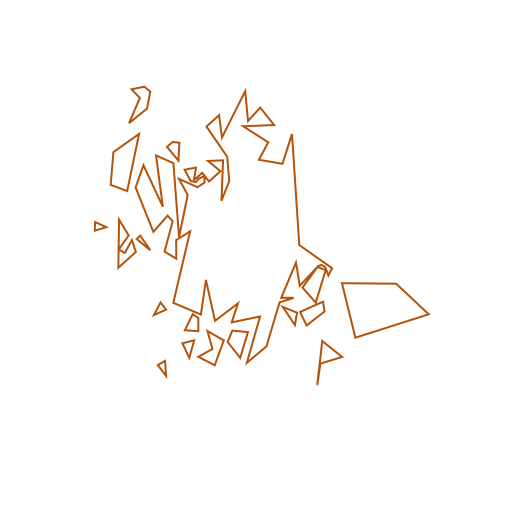 the district of Cat Hai, Quảng Ninh, Vietnam, rotated 204°
{"feature_id": "81297802B5756602808944", "entity_name": "Cat Hai", "entity_type": "district", "adm_level": 2, "iso_a3": "VNM", "parent_name": "Vietnam", "parent_adm1": "Quảng Ninh", "projection": "equal_earth", "projection_center": [107.044, 20.763], "detail": "medium", "context": "isolated", "style": "outline", "palette": "amber", "viewbox_px": 512, "rotation_deg": 204, "n_neighbors": 0, "source": "geoboundaries", "source_scale": "gbopen_adm2", "svg_char_len": 1981}
<svg xmlns="http://www.w3.org/2000/svg" viewBox="0 0 512 512"><g transform="rotate(204 256 256)"><path d="M220.9,154.7L209.7,177.6L215.6,223.2L204.6,233.1L215.9,228.1L216.8,266.3L203.9,246.6L195.0,272.3L192.5,274.5L188.1,273.9L182.0,267.7L181.5,275.8L220.9,283.6L272.7,382.0L269.3,351.0L292.5,345.1L291.0,364.8L320.5,369.3L292.7,383.0L312.5,393.3L318.2,376.1L332.9,402.2L335.3,350.4L347.0,369.6L353.9,354.1L322.6,334.9L310.9,313.5L310.0,292.4L325.0,330.0L338.5,323.3L323.0,319.0L329.2,304.9L338.9,310.1L343.6,300.3L346.8,312.4L356.3,305.8L346.2,297.9L340.9,299.1L339.8,303.3L335.7,308.0L332.9,302.2L337.3,295.1L357.7,295.1L343.2,283.9L334.0,242.0L369.2,307.2L388.2,307.2L361.2,263.2L395.7,293.1L393.9,269.7L359.6,236.3L353.2,256.9L346.3,253.9L341.3,222.8L327.7,221.1L335.4,238.0L326.2,251.7L312.5,179.6L282.5,180.1L292.0,213.8L267.1,180.1L253.2,205.4L251.2,185.5L227.7,202.4L220.9,154.7ZM74.5,273.0L116.7,287.7L166.4,266.1L132.0,221.8L74.5,273.0ZM417.7,261.9L400.1,262.9L412.5,320.0L428.5,292.9L417.7,261.9ZM160.9,205.3L147.5,162.9L153.4,183.9L136.3,198.8L160.9,205.3ZM200.7,246.1L182.5,237.7L186.6,271.4L195.3,271.0L200.7,246.1ZM426.4,353.2L426.0,325.7L415.5,346.4L419.4,363.1L426.7,365.3L437.5,357.7L426.4,353.2ZM395.9,233.6L377.0,189.3L367.4,210.8L375.8,220.1L377.1,205.4L384.0,206.2L380.7,223.0L395.9,233.6ZM193.0,222.8L181.5,213.1L170.8,233.2L176.2,241.5L193.0,222.8ZM267.7,140.4L249.3,139.4L251.1,165.8L269.8,167.7L258.0,153.4L267.7,140.4ZM229.0,156.5L232.4,183.2L247.3,178.2L246.9,165.9L229.0,156.5ZM210.8,220.4L192.3,208.7L195.5,220.9L210.8,220.4ZM365.7,311.6L372.0,328.3L378.6,326.2L381.7,319.5L365.7,311.6ZM287.7,146.3L275.5,135.8L278.2,153.8L287.7,146.3ZM301.4,116.4L289.3,109.8L296.4,123.2L301.4,116.4ZM371.9,223.0L354.9,218.3L370.0,227.5L371.9,223.0ZM290.8,159.2L278.1,163.9L283.5,175.9L290.1,177.2L290.8,159.2ZM325.2,160.6L316.3,170.4L324.3,174.8L325.2,160.6ZM413.6,213.5L404.5,221.4L416.8,221.6L413.6,213.5Z" fill="none" stroke="#b45309" stroke-width="2"/></g></svg>